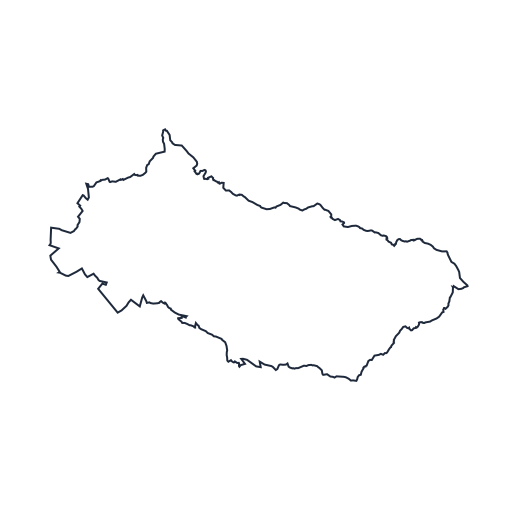 Ighiu, Alba, Romania, rotated 169°
{"feature_id": "2599482B12358370683897", "entity_name": "Ighiu", "entity_type": "district", "adm_level": 2, "iso_a3": "ROU", "parent_name": "Romania", "parent_adm1": "Alba", "projection": "orthographic", "projection_center": [23.47, 46.158], "detail": "fine", "context": "isolated", "style": "outline", "palette": "slate", "viewbox_px": 512, "rotation_deg": 169, "n_neighbors": 0, "source": "geoboundaries", "source_scale": "gbopen_adm2", "svg_char_len": 6095}
<svg xmlns="http://www.w3.org/2000/svg" viewBox="0 0 512 512"><g transform="rotate(169 256 256)"><path d="M321.1,397.7L323.2,397.0L323.3,396.0L325.1,392.2L324.5,389.6L325.2,388.4L325.5,386.0L324.8,383.6L325.2,378.4L325.8,375.9L334.8,375.5L337.7,373.2L338.3,372.0L342.3,369.2L343.8,366.6L345.5,366.0L347.0,363.5L347.6,359.7L348.7,358.8L351.7,357.2L354.3,356.8L356.6,357.4L356.8,358.2L358.1,358.2L359.5,358.8L359.9,359.7L364.5,357.5L366.4,357.4L371.7,356.0L372.1,357.0L374.1,356.5L374.4,357.1L379.5,355.6L382.9,356.7L385.1,356.4L385.5,356.7L386.3,360.2L386.7,360.7L389.7,359.8L392.5,360.1L394.0,359.5L394.2,359.9L395.1,359.2L398.6,358.7L401.9,355.5L403.2,355.2L406.8,355.8L407.0,358.5L408.8,359.3L408.1,353.8L408.9,345.4L410.5,343.4L412.0,345.2L413.7,348.3L414.5,348.8L421.2,341.9L419.0,339.0L420.0,338.2L418.4,335.6L417.6,333.3L423.2,328.5L421.9,326.1L422.8,323.0L425.3,320.4L425.5,318.9L427.5,317.1L428.3,316.8L430.0,315.2L433.7,314.1L441.8,318.4L443.9,320.2L451.7,322.9L454.5,311.2L455.0,308.0L455.6,306.9L456.6,306.0L448.2,301.1L457.8,295.6L457.9,293.0L457.9,291.5L453.9,283.5L451.7,277.8L452.7,277.4L451.6,277.0L446.4,273.0L444.0,272.2L435.1,274.8L429.3,277.0L427.4,270.6L425.6,267.5L418.8,269.6L417.8,267.5L416.0,264.9L415.2,262.6L414.3,261.4L407.6,258.5L408.9,256.4L412.1,258.2L417.2,253.9L402.6,226.8L398.4,228.2L392.6,231.8L390.0,234.7L387.1,236.9L379.7,228.7L375.6,237.0L374.2,238.9L372.3,232.6L372.1,230.8L369.4,230.8L368.7,230.0L366.0,228.9L361.7,228.4L359.8,228.5L359.4,229.1L357.8,229.8L356.5,228.1L354.9,226.8L354.2,227.6L353.3,226.5L353.2,225.6L352.7,225.0L352.1,222.8L351.0,221.4L349.7,220.6L349.7,219.5L346.4,215.9L342.9,213.2L335.6,210.2L336.4,209.7L336.7,209.0L339.0,210.5L340.9,210.2L340.9,209.4L344.3,209.8L344.4,209.4L344.1,208.7L341.6,205.6L341.2,204.4L338.8,203.9L336.6,202.5L334.4,200.7L333.2,200.4L330.8,198.9L329.9,197.6L329.4,197.4L329.1,198.9L327.8,201.7L326.6,199.4L325.7,198.6L325.3,196.2L323.9,194.7L319.6,191.8L318.1,189.6L314.1,187.1L312.7,185.2L310.7,184.6L305.6,181.2L305.3,180.2L302.7,177.2L302.1,173.3L302.3,168.8L303.0,167.3L303.7,164.3L303.7,161.7L304.1,159.2L303.9,158.4L303.3,157.5L300.5,158.5L300.2,157.7L298.4,155.9L297.4,155.8L296.8,156.5L294.9,154.6L293.3,154.4L293.1,153.7L293.7,151.2L293.4,150.5L291.8,151.8L287.4,152.2L290.1,157.8L288.4,157.6L284.6,155.8L276.9,147.6L272.6,146.0L272.5,151.6L268.3,147.8L261.9,145.0L260.7,144.0L258.3,140.3L256.6,141.0L254.3,144.4L253.0,144.9L250.0,144.0L247.3,143.7L245.6,144.5L245.1,141.2L244.1,140.1L241.7,138.7L241.0,138.8L239.8,138.1L238.3,138.3L236.0,137.9L229.8,139.2L227.5,138.4L225.3,138.9L222.5,138.6L221.3,137.8L220.3,137.8L217.0,136.2L216.0,134.8L215.2,134.1L213.2,131.2L213.3,127.9L213.0,126.8L212.6,126.5L208.8,126.4L206.0,123.5L203.5,122.7L202.1,121.7L199.9,122.5L192.7,120.6L190.9,119.8L188.4,117.8L186.6,115.6L184.5,115.4L181.3,114.3L180.2,115.7L179.3,117.7L177.6,119.3L175.8,119.4L174.5,122.2L171.7,125.5L171.8,126.0L170.8,126.7L169.6,126.6L169.5,127.0L168.3,127.3L165.7,131.5L163.8,132.3L162.2,131.8L158.7,135.6L154.3,135.5L152.1,136.1L150.0,134.8L148.0,136.1L146.6,135.8L145.7,136.3L143.0,139.3L141.4,140.7L140.8,140.8L140.1,142.2L137.1,144.4L137.4,145.3L136.7,146.3L136.8,147.2L134.0,150.6L130.0,153.4L128.9,155.1L126.9,156.5L125.0,158.3L122.7,158.4L121.4,156.6L120.1,155.9L119.4,156.4L119.2,155.1L118.0,153.4L116.9,153.4L115.0,154.9L113.0,154.9L112.6,155.5L112.2,155.0L111.8,155.1L111.5,155.5L110.6,155.8L109.2,157.5L108.6,158.9L108.7,159.5L108.3,159.6L106.5,159.6L105.4,159.2L105.4,158.8L104.4,158.3L103.3,158.1L102.6,158.5L97.7,158.4L95.6,159.2L90.7,160.2L87.8,161.5L84.0,165.1L82.6,165.3L82.4,167.7L81.5,168.6L81.4,169.0L80.9,169.0L80.0,168.0L77.5,169.6L76.5,170.8L76.2,172.6L74.9,174.5L73.6,178.3L73.0,178.6L69.8,182.7L68.6,187.7L68.7,188.0L68.2,187.7L67.6,188.0L67.5,188.5L63.6,184.8L60.7,184.6L58.7,185.0L57.9,185.6L54.1,186.0L54.1,186.8L57.3,191.0L60.0,195.5L59.6,201.5L60.1,203.7L61.4,207.9L62.7,210.6L65.3,212.9L67.2,219.9L67.5,221.6L67.4,222.7L68.0,224.2L72.5,225.0L77.7,227.6L79.8,229.6L80.6,231.5L82.4,233.6L84.8,235.3L87.9,236.6L89.7,238.4L89.5,238.6L89.9,240.0L90.6,240.1L90.6,240.5L91.8,241.7L94.5,242.1L96.8,241.5L97.7,241.7L97.6,241.2L98.3,241.1L99.3,241.9L100.8,242.1L101.7,241.7L105.0,241.2L106.1,241.9L107.2,241.8L109.5,243.0L110.5,243.8L111.5,245.2L112.9,245.3L114.3,244.6L115.6,243.0L116.4,241.2L117.0,241.3L117.4,240.4L118.4,239.6L119.1,240.8L120.5,241.5L120.9,243.2L123.2,244.9L123.8,246.3L124.8,247.2L124.5,248.4L124.1,248.2L123.7,248.5L124.0,250.0L124.6,250.7L126.8,251.8L127.6,251.6L129.4,252.5L131.5,255.2L134.0,256.4L134.9,256.4L137.2,258.8L138.2,259.2L141.5,259.2L143.1,259.7L145.3,261.1L146.7,262.8L148.5,263.5L149.0,264.6L150.3,265.7L152.1,266.7L156.1,267.2L160.3,266.9L164.2,268.3L165.1,270.4L163.2,271.6L163.2,272.2L164.8,273.4L166.5,273.9L166.7,275.2L168.4,276.7L171.7,276.2L173.7,277.8L174.1,278.4L174.2,279.0L175.0,279.3L175.4,280.1L174.6,280.5L174.2,282.5L176.3,286.4L179.2,288.2L179.9,288.3L181.3,290.4L183.1,294.0L184.3,295.0L185.8,295.8L190.0,293.9L191.4,294.1L195.7,293.7L197.6,292.8L199.8,292.5L201.8,291.8L204.3,293.3L205.0,294.3L208.0,296.2L213.1,298.5L213.7,299.8L215.6,302.0L218.1,302.6L219.1,303.2L222.2,301.5L226.5,300.7L227.6,299.7L228.7,300.2L233.4,299.5L236.7,299.9L241.4,302.5L242.0,303.1L242.4,304.3L244.9,305.8L249.2,309.6L252.7,311.7L255.7,316.0L256.7,316.8L258.2,318.7L259.4,319.2L260.4,319.0L260.7,319.5L263.2,318.9L264.4,319.4L266.9,321.5L268.2,323.6L269.9,325.5L273.1,326.0L275.1,329.2L273.8,333.9L275.8,334.5L277.8,333.9L278.3,334.3L278.4,335.6L279.5,335.4L280.1,336.4L281.5,337.3L282.6,338.5L283.3,338.6L283.5,340.1L283.2,340.7L284.6,342.7L288.2,341.9L288.1,340.9L289.2,340.7L290.8,341.4L292.1,341.5L292.3,342.4L292.3,344.4L289.5,347.5L289.0,348.8L289.3,349.8L290.2,350.3L292.5,349.7L294.2,350.1L296.0,347.9L296.8,347.5L297.5,347.9L298.7,347.0L298.5,347.4L300.1,350.9L299.4,351.3L300.8,354.1L297.0,356.1L296.1,357.8L296.1,359.8L298.7,364.8L302.7,369.5L304.1,372.4L307.8,378.6L314.4,380.5L316.5,382.6L316.5,383.4L318.1,386.0L317.7,391.3L319.6,395.9L320.5,396.2L321.1,397.7Z" fill="none" stroke="#1e293b" stroke-width="2"/></g></svg>